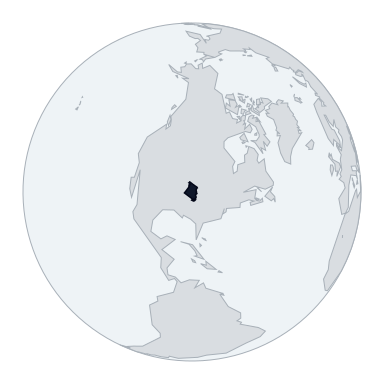 Missouri highlighted on a globe, orthographic projection, rotated 36°
{"feature_id": "USA-3531", "entity_name": "Missouri", "entity_type": "State", "adm_level": 1, "iso_a3": "USA", "parent_name": "United States of America", "parent_adm1": "", "projection": "orthographic", "projection_center": [-92.269, 38.302], "detail": "fine", "context": "on_globe", "style": "filled", "palette": "ink", "viewbox_px": 384, "rotation_deg": 36, "n_neighbors": 0, "source": "natural_earth", "source_scale": "10m", "svg_char_len": 10894}
<svg xmlns="http://www.w3.org/2000/svg" viewBox="0 0 384 384"><g transform="rotate(36 192 192)"><circle cx="192" cy="192" r="169" fill="#eef3f6" stroke="#a8b0b8"/><path d="M223.4,358.0L224.0,357.8L227.9,356.8L225.2,357.3L233.8,354.3L229.9,355.4L235.1,351.2L242.7,345.7L251.8,328.1L249.3,325.0L237.8,322.8L224.1,308.4L228.5,300.3L225.2,297.1L236.0,284.0L232.7,273.3L228.7,272.3L225.1,277.2L211.2,271.6L205.7,263.1L160.8,247.9L155.7,242.6L154.9,234.5L137.0,204.4L146.2,231.8L139.7,225.9L134.1,215.8L136.7,213.9L132.1,199.2L126.0,192.5L123.5,173.8L131.6,152.1L133.9,156.4L135.6,151.1L132.8,145.6L130.5,143.3L132.5,120.6L124.8,105.5L117.4,105.5L122.9,102.1L105.6,105.8L98.2,102.5L109.6,103.4L113.1,101.5L109.6,97.6L112.5,94.9L112.4,91.6L116.1,88.8L122.5,90.0L125.0,88.4L122.4,85.8L124.5,81.7L128.0,85.7L132.0,79.1L143.3,80.9L149.6,95.3L158.9,95.4L173.4,108.2L175.2,105.2L181.7,108.7L186.2,106.6L187.6,110.0L189.9,105.5L187.8,102.9L188.1,100.2L190.5,98.8L192.7,102.7L191.9,104.0L193.8,104.5L193.9,107.1L195.2,105.0L197.6,110.2L198.8,103.3L203.8,105.9L204.4,109.8L199.6,111.7L189.2,127.0L188.3,132.4L192.0,137.6L208.8,142.1L209.8,147.4L214.7,152.7L216.3,148.6L213.0,143.0L217.3,137.0L212.8,131.3L213.9,128.2L211.2,121.8L216.7,120.4L223.5,122.7L226.0,128.1L229.1,129.4L230.9,122.7L239.5,131.7L252.1,136.1L253.8,138.9L249.6,146.7L239.2,150.4L233.7,162.1L242.5,152.4L246.5,160.3L249.3,160.9L252.1,159.5L252.6,155.7L255.1,158.2L247.4,168.3L245.1,166.2L247.5,162.9L242.6,164.9L237.5,172.5L239.9,176.3L229.6,185.0L231.2,188.0L229.8,191.8L227.9,186.4L231.1,196.6L219.3,210.6L223.5,228.3L213.8,215.6L206.9,214.8L198.8,215.8L199.4,218.7L188.0,217.2L178.7,223.6L176.8,237.7L181.9,248.1L194.4,248.2L197.5,242.2L206.3,240.3L201.5,256.3L217.1,256.9L216.4,268.1L221.2,273.1L228.6,270.6L236.5,271.9L241.5,264.6L249.8,259.2L250.6,267.9L254.7,258.8L259.8,261.7L276.0,256.1L274.9,258.5L288.7,263.4L302.4,261.2L305.6,265.4L304.1,269.8L308.6,268.3L308.7,270.6L325.5,262.6L333.1,261.4L332.2,268.9L324.5,282.5L314.4,302.2L299.7,315.4L293.8,322.4L278.7,334.6L270.1,338.2L270.4,339.8L263.9,343.4L257.7,345.8L254.8,347.8L250.1,349.4L252.0,349.3L242.0,353.1L241.9,353.4L239.9,354.0L223.4,358.0ZM49.1,193.3L50.0,189.8L50.7,193.2L49.1,193.3ZM49.8,186.8L49.6,188.2L49.6,186.8L49.8,186.8ZM49.3,185.3L49.7,186.4L49.1,185.5L49.3,185.3ZM48.4,183.7L48.9,184.4L48.8,184.5L48.4,183.7ZM223.4,234.3L241.2,239.4L231.8,242.3L233.5,240.5L228.8,237.9L220.3,236.0L211.9,238.9L223.4,234.3ZM47.5,180.2L47.3,179.3L47.9,179.6L47.5,180.2ZM229.7,223.4L226.7,223.2L229.5,222.6L229.7,223.4ZM129.1,142.8L132.4,145.8L133.9,152.0L130.8,149.8L129.1,142.8ZM126.7,131.6L129.0,131.9L126.9,137.2L126.2,135.4L126.7,131.6ZM111.5,106.3L113.7,108.2L110.5,107.4L111.5,106.3ZM111.8,91.7L110.2,92.1L110.9,90.2L111.8,91.7ZM208.4,123.0L209.8,122.4L209.5,123.9L208.4,123.0ZM205.9,120.9L204.6,123.0L203.2,122.4L204.1,121.0L205.9,120.9ZM117.1,84.4L118.6,81.5L118.2,84.6L117.1,84.4ZM207.8,118.4L201.0,120.9L198.6,119.8L199.7,113.9L207.8,118.4ZM120.2,80.0L123.7,73.4L120.6,73.6L131.4,69.7L124.8,76.4L124.8,80.0L122.8,78.8L120.2,80.0ZM186.1,102.7L188.4,105.4L184.2,104.4L186.1,102.7ZM183.3,102.7L169.8,104.4L167.5,99.9L172.4,100.2L167.6,95.7L173.1,92.7L177.0,94.5L177.4,97.9L179.2,94.2L183.3,102.7ZM136.8,68.9L138.6,67.6L137.9,69.2L136.8,68.9ZM187.9,99.0L185.4,99.6L183.2,95.7L187.8,93.9L187.0,95.7L187.9,99.0ZM163.7,96.1L162.9,93.1L167.1,89.8L167.3,88.2L173.0,92.3L163.7,96.1ZM188.7,95.9L190.2,93.1L193.4,93.7L190.2,98.2L188.7,95.9ZM180.6,95.6L179.8,93.7L181.8,94.1L180.6,95.6ZM205.8,95.0L202.8,95.6L201.4,93.6L205.8,95.0ZM190.5,92.0L189.4,91.8L188.5,91.1L190.1,89.5L190.5,92.0ZM175.6,89.8L177.5,89.1L173.5,87.9L176.5,85.6L179.8,88.8L179.6,86.4L180.5,85.8L182.2,89.2L175.6,89.8ZM189.1,85.9L194.3,89.6L200.1,88.9L201.5,90.6L191.9,91.4L189.1,85.9ZM184.9,87.5L187.8,86.9L188.1,89.2L186.2,91.0L184.9,87.5ZM177.3,83.0L171.9,85.7L171.4,84.9L177.3,83.0ZM190.7,85.2L189.4,84.4L191.1,84.9L190.7,85.2ZM181.4,83.1L179.5,84.1L179.0,83.2L181.4,83.1ZM188.4,82.0L190.1,83.1L188.9,84.3L188.4,82.0ZM185.1,82.1L184.8,80.6L187.4,84.1L184.4,82.7L185.1,82.1ZM181.2,82.1L180.2,81.9L182.0,81.8L181.2,82.1ZM191.9,76.9L195.5,81.0L192.9,83.6L189.8,79.2L191.9,76.9ZM301.5,63.3L309.5,70.9L306.7,69.2L293.8,57.8L283.2,49.8L281.8,48.9L284.5,51.5L278.0,47.6L285.0,52.4L285.2,51.9L289.5,55.1L289.6,55.8L287.3,54.2L289.4,56.5L299.8,63.8L301.1,64.2L309.0,72.7L311.9,74.3L315.5,78.0L311.8,76.8L309.1,74.7L305.7,77.6L309.3,80.5L312.7,78.1L313.5,79.9L318.4,84.4L315.2,82.3L310.5,84.8L314.9,94.3L327.5,112.6L328.6,118.8L326.3,122.1L314.6,111.0L313.5,98.7L309.3,95.2L303.5,95.2L303.6,91.7L301.1,90.4L300.1,86.0L292.7,78.3L290.8,74.1L282.1,70.0L280.0,67.5L285.7,70.5L288.7,70.7L283.2,61.4L280.4,59.3L275.2,57.5L274.4,55.4L270.0,54.9L264.1,49.9L267.7,55.9L261.7,54.6L255.0,51.3L253.7,52.1L264.6,57.6L268.4,59.0L270.6,58.3L281.5,63.8L284.7,67.3L275.8,66.2L279.2,71.3L270.8,68.7L246.3,54.3L239.0,49.4L239.1,42.0L244.1,43.1L246.6,46.2L249.6,43.8L246.8,43.7L246.1,42.2L240.2,41.2L239.4,40.1L235.1,41.2L233.5,39.8L236.2,39.1L226.1,37.0L221.2,34.5L219.2,34.6L218.6,35.4L212.8,32.1L211.6,32.3L213.1,33.5L211.7,34.8L207.1,36.1L205.3,34.8L206.7,34.2L207.1,31.3L211.2,30.2L210.0,29.9L206.0,30.6L205.6,34.1L203.3,35.2L202.8,33.4L202.8,34.1L201.1,34.3L197.7,33.5L198.0,35.5L181.7,41.1L173.6,40.5L175.0,37.9L161.8,41.9L153.7,41.8L155.1,42.7L149.6,45.9L152.1,45.9L152.3,46.6L139.6,55.7L135.2,57.2L131.2,63.1L131.9,63.7L134.9,62.8L131.4,69.7L120.6,73.6L119.6,72.0L113.5,75.9L112.0,71.8L107.9,70.5L109.8,64.4L106.4,64.3L104.4,66.0L98.3,67.4L92.7,65.4L106.0,59.8L116.2,63.3L112.8,61.0L116.2,59.5L116.6,57.6L114.0,56.4L112.1,57.5L121.3,47.0L120.2,42.8L113.9,46.9L108.7,49.2L102.0,50.1L105.8,46.7L116.6,40.8L127.9,35.7L139.4,31.4L151.3,28.0L163.3,25.5L175.5,23.8L187.8,23.1L200.1,23.2L212.4,24.3L224.6,26.2L236.6,29.0L248.3,32.7L259.8,37.2L270.9,42.6L281.6,48.7L291.8,55.7L301.5,63.3ZM359.3,168.5L359.6,192.3L357.5,193.2L349.6,185.1L347.9,174.7L343.6,167.2L328.8,119.9L330.1,115.5L323.5,94.6L323.5,93.0L329.0,99.3L327.9,92.2L321.9,84.6L318.0,79.5L326.0,89.0L333.2,99.2L339.6,109.8L345.3,120.9L350.1,132.4L354.1,144.2L357.1,156.3L359.3,168.5ZM339.1,138.3L340.7,140.8L339.1,138.3ZM258.6,36.7L257.8,36.4L260.5,37.6L271.0,42.7L270.9,42.6L258.6,36.7ZM276.5,255.8L278.5,256.8L276.0,257.8L276.5,255.8ZM230.9,246.4L234.5,246.0L236.5,247.0L233.8,248.0L230.9,246.4ZM260.1,239.8L264.1,239.4L260.1,241.4L260.1,239.8ZM243.9,239.9L257.0,240.4L249.4,245.2L241.1,244.9L246.6,242.8L243.9,239.9ZM228.8,229.3L231.1,229.6L230.7,231.5L228.8,229.3ZM231.8,223.0L230.9,223.3L229.6,222.0L231.8,223.0ZM246.9,159.7L247.6,159.0L250.7,158.2L249.6,160.1L246.9,159.7ZM261.6,147.0L265.3,151.3L262.0,149.3L261.3,152.5L253.4,152.6L254.2,140.4L255.3,145.7L261.6,147.0ZM243.2,149.9L248.1,150.9L242.7,150.3L243.2,149.9ZM288.2,88.7L289.8,87.6L293.1,90.0L295.5,96.5L290.8,92.9L288.2,88.7ZM291.3,85.5L281.8,83.2L279.9,79.5L282.6,81.9L282.3,79.6L286.5,83.0L294.1,82.1L297.4,84.3L300.0,94.3L297.3,89.6L295.9,90.9L291.3,85.5ZM260.8,87.5L256.7,87.5L258.0,79.3L261.7,80.4L264.3,86.5L261.5,89.0L260.8,87.5ZM211.0,108.0L209.3,109.2L208.7,108.0L209.6,106.0L211.0,108.0ZM204.5,95.4L217.7,101.7L216.4,103.3L225.6,105.6L225.9,110.8L219.9,109.1L227.1,115.0L221.8,115.6L227.0,119.3L213.7,114.9L209.2,115.9L214.0,112.7L213.9,107.8L212.5,106.0L205.2,101.8L195.5,102.1L193.9,97.7L195.2,94.5L197.3,93.7L197.7,96.8L200.2,93.6L202.4,97.5L204.5,95.4ZM212.3,64.7L211.9,67.7L217.2,63.7L219.4,66.8L219.9,66.2L223.4,68.1L228.5,69.4L228.9,71.1L230.7,70.9L233.1,72.3L235.7,72.7L237.2,75.9L240.6,76.7L239.4,77.8L244.7,78.5L241.4,79.5L244.2,81.7L245.9,79.5L247.6,97.9L250.9,105.4L255.5,111.4L249.2,112.9L240.9,108.5L232.6,101.6L230.3,94.4L227.9,96.6L226.1,93.9L228.8,93.3L223.6,92.7L222.8,90.3L215.4,85.4L208.4,86.4L205.5,84.8L207.9,83.3L203.4,82.8L205.9,78.9L203.9,77.8L204.4,73.0L210.1,71.0L207.5,69.9L207.7,66.5L212.3,64.7ZM192.3,75.5L198.6,72.0L203.0,72.1L200.3,80.4L201.8,82.0L200.2,87.7L193.9,87.6L194.9,85.9L194.5,84.3L196.6,84.9L194.6,83.2L195.9,80.9L194.7,79.0L197.1,78.3L192.3,75.5ZM320.5,89.0L319.9,87.6L318.4,84.8L321.4,87.8L320.5,89.0ZM317.5,90.8L316.6,89.0L320.1,91.4L320.7,93.2L317.5,90.8ZM313.0,86.1L316.2,88.7L314.8,88.3L313.0,86.1ZM284.5,68.9L283.1,67.2L284.2,67.3L286.4,68.7L284.5,68.9ZM228.4,55.0L227.5,56.3L226.3,56.0L221.6,57.4L219.6,55.4L221.6,53.8L228.4,55.0ZM315.3,77.4L313.7,75.1L316.2,78.2L315.3,77.4ZM225.4,53.0L223.6,53.8L223.7,52.4L225.4,53.0ZM217.8,54.1L217.3,52.4L218.8,55.4L217.8,54.1ZM205.5,39.7L214.3,39.6L219.4,38.8L220.1,37.0L222.9,39.8L215.1,41.0L205.5,39.7ZM184.8,40.9L184.3,42.9L182.0,42.4L181.8,41.9L184.8,40.9ZM186.3,41.8L190.3,43.7L188.3,45.2L185.5,43.4L186.3,41.8ZM208.1,47.5L210.9,47.5L210.8,48.6L208.1,47.5ZM87.9,58.9L87.8,59.0L90.6,57.0L89.9,57.8L85.8,60.7L84.0,62.1L87.9,58.9ZM92.1,56.0L96.0,54.5L90.1,59.1L87.9,60.5L88.6,59.2L91.7,56.7L92.1,56.0ZM95.2,55.6L98.2,53.4L110.4,48.9L111.4,49.2L99.1,54.5L101.3,52.7L99.3,53.2L95.2,55.6ZM137.3,67.1L138.5,67.6L136.6,68.1L137.3,67.1ZM153.8,46.6L153.8,47.7L151.6,48.1L153.8,46.6ZM152.7,51.1L155.2,49.8L153.2,51.6L152.7,51.1ZM160.7,47.0L156.5,49.5L159.4,46.4L160.7,47.0Z" fill="#d9dde1" stroke="#a8b0b8" stroke-width="1"/><path d="M184.4,185.9L184.5,185.8L184.4,185.8L184.4,185.7L184.3,185.4L184.2,185.3L184.2,185.2L185.1,185.1L186.1,185.2L187.1,185.2L187.8,185.3L188.1,185.3L189.1,185.2L190.2,185.3L191.8,185.2L192.7,185.2L193.0,185.2L193.3,185.2L193.3,185.3L193.5,185.5L193.7,185.8L193.8,185.8L193.7,186.1L193.7,186.3L193.7,186.5L193.8,187.0L193.9,187.3L193.9,187.5L194.0,187.5L194.0,187.8L194.6,188.4L194.7,188.5L194.8,188.6L195.3,189.0L195.5,189.2L195.5,189.3L195.5,189.5L195.6,189.8L195.7,190.1L195.8,190.2L195.9,190.3L196.0,190.2L196.3,190.0L196.6,190.1L196.8,190.2L196.9,190.3L196.9,190.5L196.8,190.8L196.8,191.0L196.7,191.1L196.5,191.6L196.4,191.8L196.4,192.0L196.5,192.2L196.6,192.3L196.7,192.5L196.8,192.6L197.0,192.8L197.3,192.9L197.5,193.0L197.9,193.3L198.0,193.4L198.1,193.5L198.3,193.7L198.4,193.8L198.4,194.0L198.5,194.2L198.5,194.3L198.6,194.6L198.5,194.8L198.4,194.8L198.4,195.0L198.5,195.0L198.6,195.3L198.8,195.5L199.0,195.7L199.2,195.8L199.3,195.8L199.4,196.0L199.4,196.3L199.4,196.5L199.2,196.9L199.2,197.0L199.0,196.9L198.9,196.8L198.8,197.0L198.7,197.2L198.7,197.3L198.6,197.2L198.4,197.1L198.5,197.3L198.4,197.3L198.5,197.5L198.4,197.7L198.3,197.8L198.2,198.0L198.3,198.2L198.3,198.3L198.2,198.4L198.2,198.5L196.5,198.8L196.5,198.7L196.7,198.4L196.8,198.4L196.8,198.2L197.0,198.2L197.2,197.9L197.2,197.7L197.1,197.4L186.4,197.2L186.5,195.4L186.6,189.5L186.6,189.4L186.4,189.4L186.2,189.3L186.2,189.2L186.0,188.9L186.0,188.7L185.9,188.7L185.7,188.5L185.7,188.4L185.5,188.2L185.7,187.9L185.8,187.8L185.9,187.7L186.0,187.7L186.1,187.4L185.9,187.3L186.0,187.3L186.0,187.2L185.9,187.2L185.7,187.3L185.5,187.2L185.4,187.2L185.2,187.0L185.1,186.8L184.9,186.8L184.9,186.7L184.9,186.4L184.8,186.2L184.7,186.1L184.5,185.9L184.4,185.9Z" fill="#0f172a" stroke="#020617" stroke-width="1.5"/></g></svg>